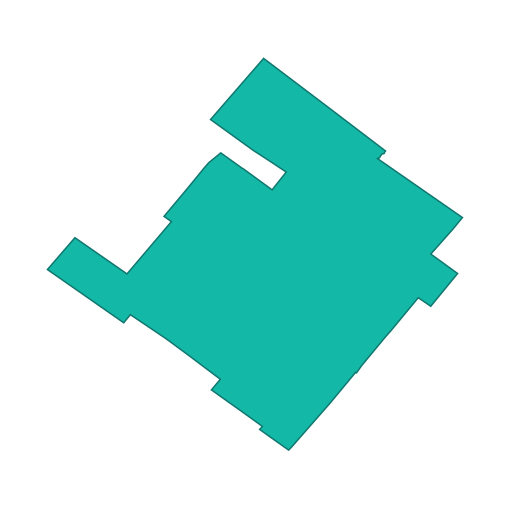 Brandsen, Buenos Aires, Argentina (Equal Earth projection), rotated 265°
{"feature_id": "61730980B58719049483690", "entity_name": "Brandsen", "entity_type": "district", "adm_level": 2, "iso_a3": "ARG", "parent_name": "Argentina", "parent_adm1": "Buenos Aires", "projection": "equal_earth", "projection_center": [-58.12, -35.196], "detail": "fine", "context": "isolated", "style": "filled", "palette": "teal", "viewbox_px": 512, "rotation_deg": 265, "n_neighbors": 0, "source": "geoboundaries", "source_scale": "gbopen_adm2", "svg_char_len": 1208}
<svg xmlns="http://www.w3.org/2000/svg" viewBox="0 0 512 512"><g transform="rotate(265 256 256)"><path d="M349.3,394.2L395.3,343.7L452.2,280.8L417.2,244.6L395.9,222.6L385.6,234.5L361.5,262.4L350.5,276.5L337.0,293.4L320.5,277.8L344.0,250.9L344.7,249.8L361.8,229.9L353.1,217.1L348.4,212.2L338.2,202.3L325.7,190.0L303.5,167.8L297.6,174.7L249.4,125.9L290.0,77.2L260.7,47.0L201.0,118.4L208.5,125.7L181.5,159.1L162.7,180.4L136.3,209.7L126.5,199.9L119.9,207.6L104.0,226.3L85.7,247.5L82.9,244.5L74.8,253.9L59.8,271.6L62.2,274.4L102.7,316.7L131.4,345.1L130.8,345.9L138.1,352.2L161.3,375.1L164.8,378.6L169.8,383.9L200.3,414.0L190.7,425.7L221.0,455.3L242.7,430.3L265.7,454.6L276.3,465.0L342.5,385.5L342.7,385.9L342.8,386.3L342.8,386.7L342.8,386.9L343.0,387.3L343.2,387.6L343.4,387.8L343.6,388.0L343.9,388.2L344.2,388.4L344.6,388.6L344.9,388.8L345.1,389.0L345.4,389.3L345.7,389.6L345.9,389.8L346.2,390.1L346.5,390.3L346.6,390.5L346.8,390.8L346.9,391.0L346.9,391.3L346.8,391.6L346.8,391.8L346.8,392.2L347.0,392.5L347.2,392.8L347.5,392.9L347.9,393.0L348.1,393.1L348.3,393.2L348.4,393.3L348.6,393.5L348.8,393.6L348.9,393.8L349.0,393.9L349.2,394.1L349.3,394.2Z" fill="#14b8a6" stroke="#0f766e" stroke-width="1.5"/></g></svg>